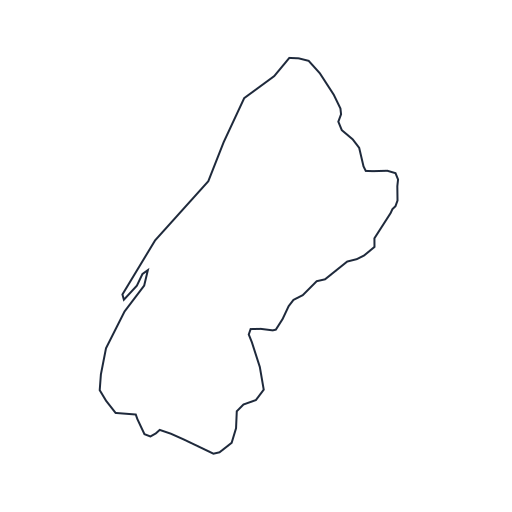 El Salvador, Natural Earth projection, rotated 103°
{"feature_id": "SLV", "entity_name": "El Salvador", "entity_type": "country or territory", "adm_level": 0, "iso_a3": "SLV", "parent_name": "North America", "parent_adm1": "", "projection": "natural_earth1", "projection_center": [-88.816, 13.798], "detail": "fine", "context": "isolated", "style": "outline", "palette": "slate", "viewbox_px": 512, "rotation_deg": 103, "n_neighbors": 0, "source": "natural_earth", "source_scale": "50m", "svg_char_len": 1046}
<svg xmlns="http://www.w3.org/2000/svg" viewBox="0 0 512 512"><g transform="rotate(103 256 256)"><path d="M179.6,133.6L183.9,134.5L212.1,144.6L220.5,142.6L231.2,150.8L236.4,157.1L240.9,165.9L263.2,183.5L266.9,191.2L283.6,201.6L290.3,209.6L297.5,212.9L311.4,215.9L323.3,220.1L324.7,223.0L325.9,234.8L328.4,244.8L334.1,245.4L341.0,240.6L363.3,227.3L384.5,218.4L396.4,223.7L403.5,234.8L411.6,239.8L428.3,236.7L443.5,237.7L455.5,247.4L458.2,253.0L451.0,285.2L448.3,299.0L447.1,310.7L451.4,313.7L455.6,318.3L454.7,324.6L441.6,334.9L437.5,337.5L440.5,357.5L430.8,369.5L421.9,378.1L406.2,380.5L379.6,381.4L339.6,371.6L310.0,358.3L294.1,358.2L299.1,362.6L311.7,365.4L328.3,374.9L323.5,377.5L263.4,357.8L193.9,319.3L152.3,313.1L104.8,303.0L76.6,278.7L55.5,268.1L53.8,258.9L54.0,248.6L63.6,234.9L81.4,216.5L93.3,206.9L98.8,205.0L106.6,206.0L114.1,200.7L120.6,188.0L127.4,179.8L144.5,171.4L148.4,168.2L147.0,161.0L143.4,147.2L143.9,138.7L149.5,134.8L156.2,134.0L170.1,130.6L176.1,131.3L179.6,133.6Z" fill="none" stroke="#1e293b" stroke-width="2"/></g></svg>